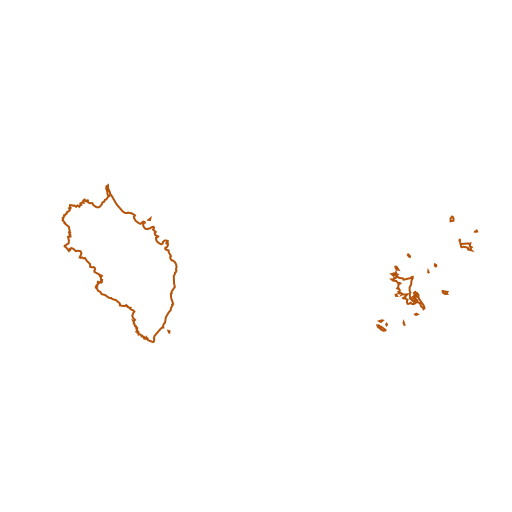 Jepara, Jawa Tengah, Indonesia (Robinson projection), rotated 117°
{"feature_id": "22746128B68650893607060", "entity_name": "Jepara", "entity_type": "district", "adm_level": 2, "iso_a3": "IDN", "parent_name": "Indonesia", "parent_adm1": "Jawa Tengah", "projection": "robinson", "projection_center": [110.605, -6.261], "detail": "fine", "context": "isolated", "style": "outline", "palette": "amber", "viewbox_px": 512, "rotation_deg": 117, "n_neighbors": 0, "source": "geoboundaries", "source_scale": "gbopen_adm2", "svg_char_len": 6080}
<svg xmlns="http://www.w3.org/2000/svg" viewBox="0 0 512 512"><g transform="rotate(117 256 256)"><path d="M311.8,444.7L313.2,441.3L313.7,441.4L313.9,440.8L314.9,436.1L318.3,433.3L319.0,433.4L319.3,432.6L319.9,433.1L320.3,432.3L320.9,432.3L321.1,431.4L322.0,431.5L322.0,430.8L322.8,430.1L324.4,432.1L327.1,429.7L329.7,428.7L333.8,431.1L334.4,430.8L334.5,429.1L336.5,424.9L334.8,424.3L334.2,425.1L332.8,424.2L332.5,422.0L333.5,418.8L332.2,417.1L331.4,414.5L332.9,412.7L337.2,412.4L336.8,411.7L337.2,411.3L336.2,410.2L336.5,408.7L335.4,407.5L337.1,404.6L338.6,400.1L340.9,398.9L340.4,396.5L339.6,395.7L339.7,394.4L341.0,393.3L342.5,393.4L343.5,392.7L343.7,384.3L344.4,384.5L344.9,385.6L345.7,384.3L347.6,383.4L347.3,382.5L349.0,382.5L348.1,381.9L348.8,381.5L350.0,381.8L350.7,385.1L351.6,384.9L351.4,383.6L353.6,384.3L355.0,383.7L354.9,384.7L356.4,384.7L356.9,384.4L357.4,382.5L358.6,381.2L358.7,378.3L359.9,376.7L360.0,375.7L359.3,372.9L360.0,367.8L359.2,366.0L359.6,364.7L358.9,360.8L359.9,356.4L360.5,355.4L361.8,354.9L360.6,350.8L358.8,349.4L359.4,348.6L358.9,348.0L359.7,347.1L359.3,344.9L359.8,345.2L360.4,342.7L360.2,340.5L360.8,339.1L362.4,339.5L365.4,339.1L367.0,337.4L367.8,334.8L369.6,335.3L369.6,335.9L370.7,334.5L371.8,334.2L371.8,333.4L373.4,331.9L373.0,331.2L374.4,330.1L373.8,329.9L374.1,329.0L375.6,328.9L376.6,328.1L376.7,327.2L377.7,327.9L377.7,326.7L378.3,326.4L378.0,325.7L379.3,324.9L378.5,324.0L378.8,321.8L379.3,321.5L378.7,321.1L379.3,319.9L379.0,319.4L380.3,318.4L380.2,317.7L379.2,317.7L379.3,317.0L378.6,316.9L379.4,316.2L378.6,315.9L378.7,315.2L379.3,315.1L380.0,313.5L379.4,308.5L378.4,308.2L376.7,308.6L375.6,309.7L373.4,310.1L364.4,308.0L362.5,307.2L361.8,306.1L360.8,307.0L358.4,307.3L356.7,306.8L351.5,308.5L345.9,308.2L343.0,307.4L341.2,308.1L337.7,308.0L337.3,308.6L336.3,308.0L332.1,312.4L328.4,314.7L327.5,314.2L326.8,314.8L324.8,314.9L320.4,314.3L317.7,316.5L311.4,320.1L309.2,320.1L307.7,320.6L306.8,320.1L305.0,320.3L304.3,321.2L301.4,322.0L299.4,323.8L298.1,325.9L297.8,328.4L298.2,329.2L297.3,330.8L296.0,332.0L294.7,331.7L292.3,335.5L290.7,336.4L291.2,339.0L290.8,340.2L289.8,340.5L288.8,339.5L286.6,339.3L285.1,340.1L285.5,340.7L285.3,341.7L284.3,341.6L283.8,341.0L282.6,341.5L283.3,343.9L284.0,344.6L285.8,345.3L287.3,344.8L288.6,345.7L288.7,347.0L288.2,350.4L286.9,352.4L285.0,353.4L284.0,352.3L283.0,352.1L283.0,355.4L281.5,356.7L280.1,356.2L279.2,359.8L277.2,359.6L276.6,360.3L276.6,360.9L277.6,362.0L279.8,363.2L280.3,364.2L281.3,364.9L282.0,366.8L281.1,369.1L279.8,370.6L277.6,371.1L276.7,370.1L276.3,370.6L276.6,372.2L279.7,373.4L280.0,375.0L279.3,379.1L277.4,382.1L276.5,382.6L274.9,382.2L274.6,382.7L274.4,386.9L275.2,388.0L275.3,389.6L276.3,390.4L277.0,392.0L276.9,394.7L273.3,403.6L267.4,412.7L267.4,413.8L265.8,414.8L262.9,418.4L260.2,420.0L262.1,420.9L262.8,420.1L264.1,420.1L264.5,418.7L265.5,418.6L266.1,417.4L267.4,417.1L269.1,415.5L269.3,414.4L268.3,413.6L270.1,414.6L273.6,415.1L274.6,416.1L276.7,416.0L278.1,417.2L279.6,416.8L282.7,417.4L284.2,418.5L285.0,420.5L284.4,424.2L283.2,425.8L284.5,428.4L284.3,430.1L282.8,431.0L283.0,431.7L284.2,431.9L284.5,432.5L283.5,434.3L285.0,435.1L285.6,434.9L285.9,435.6L286.0,434.4L286.8,433.7L287.2,435.2L288.9,436.3L289.7,434.9L290.9,435.9L292.3,435.7L292.0,438.0L293.8,438.6L293.4,440.6L294.2,441.5L294.2,442.5L295.1,444.8L296.8,444.1L297.2,443.0L297.9,442.9L298.5,444.1L299.3,443.0L300.3,442.7L303.0,444.4L304.3,443.9L305.1,444.7L306.6,444.7L306.9,445.5L308.9,444.9L309.8,445.5L310.7,444.5L311.8,444.7ZM227.3,82.7L226.0,82.1L223.9,84.2L220.2,91.2L218.4,93.0L217.0,93.5L215.8,96.0L216.1,96.7L215.7,97.8L217.2,98.5L218.1,97.5L218.4,96.1L217.9,95.7L218.6,95.5L219.3,93.0L219.2,97.0L220.4,97.2L221.6,94.4L222.2,95.6L221.1,97.2L221.8,98.0L223.9,97.9L224.4,97.0L224.1,95.1L222.4,92.2L222.8,92.0L224.1,93.5L225.0,95.7L223.8,99.5L220.1,101.7L218.7,101.7L217.1,103.4L214.2,104.9L211.2,104.8L206.8,106.4L205.0,106.2L203.4,106.9L203.9,107.7L205.4,108.1L210.1,113.7L209.3,114.7L210.5,118.7L209.9,121.9L211.4,121.2L212.5,121.9L212.5,122.7L212.9,122.2L214.5,123.2L215.3,124.5L215.7,122.7L214.6,119.7L215.5,117.4L214.8,115.6L214.9,115.0L216.8,116.1L219.5,115.0L220.2,115.3L220.2,114.8L220.7,115.0L220.6,113.2L221.4,112.2L222.7,112.0L223.4,112.7L223.8,111.8L224.4,112.0L224.3,111.2L223.1,110.1L223.4,108.4L224.2,108.5L223.4,107.9L223.0,106.3L221.4,103.8L224.8,104.7L226.7,105.8L226.8,105.0L225.7,103.6L226.3,102.5L226.1,101.2L228.4,100.7L229.8,99.3L229.4,98.3L227.4,96.9L228.0,95.4L227.3,93.6L226.4,93.8L225.7,92.5L224.5,92.4L223.6,90.8L223.9,88.2L225.9,86.0L226.5,83.4L227.3,82.7ZM153.9,70.0L153.1,66.5L152.5,68.3L150.3,67.8L150.5,69.8L147.5,70.8L148.6,71.7L148.5,72.8L149.9,74.9L150.1,74.4L150.1,75.3L151.8,78.1L152.0,79.6L154.8,77.2L154.8,76.6L153.6,75.4L152.6,71.8L152.8,70.6L153.9,70.0ZM264.7,108.3L263.5,106.9L263.1,107.1L262.4,111.1L262.8,111.5L262.3,112.0L262.9,112.5L262.4,112.8L262.7,113.6L262.0,114.9L262.7,116.4L263.7,115.4L264.9,110.3L264.7,108.3ZM134.9,96.1L132.9,97.0L131.7,98.6L131.8,99.2L134.1,99.7L136.7,98.4L134.9,96.1ZM204.0,70.4L203.0,68.5L202.4,69.5L201.1,69.2L202.5,73.8L203.3,73.4L204.0,71.9L204.0,70.4ZM210.9,125.3L209.3,122.2L208.3,121.6L208.4,122.8L207.2,123.8L208.3,123.7L208.9,125.5L209.7,125.6L210.6,126.9L210.9,125.3ZM202.2,127.0L203.7,125.7L203.9,124.0L203.6,122.8L202.1,125.2L201.9,126.7L202.2,127.0ZM258.0,114.7L256.0,113.9L256.2,114.7L258.0,116.5L258.0,114.7ZM186.3,121.1L187.0,119.5L187.0,118.5L186.4,118.6L185.7,119.9L185.5,121.1L186.3,121.1ZM183.2,90.8L182.2,91.4L182.2,92.7L183.4,92.3L183.7,91.1L183.2,90.8ZM235.7,87.7L235.9,86.6L234.6,85.6L234.6,86.9L235.7,87.7ZM272.1,366.8L270.5,367.2L272.5,368.1L272.1,366.8ZM227.1,114.0L228.0,113.1L227.6,112.2L226.6,113.4L227.1,114.0ZM248.7,94.2L250.6,91.8L248.1,94.3L248.7,94.2ZM362.5,300.0L363.6,298.8L363.6,298.5L362.3,298.9L362.5,300.0ZM135.1,71.9L133.8,70.1L133.2,70.9L134.6,71.3L135.0,72.7L135.1,71.9ZM148.2,82.1L150.0,81.7L150.0,81.1L148.2,82.1ZM258.3,108.2L257.6,108.2L257.2,108.8L257.9,108.9L258.3,108.2ZM191.5,95.5L192.3,95.2L192.6,94.1L191.5,95.5Z" fill="none" stroke="#b45309" stroke-width="2"/></g></svg>